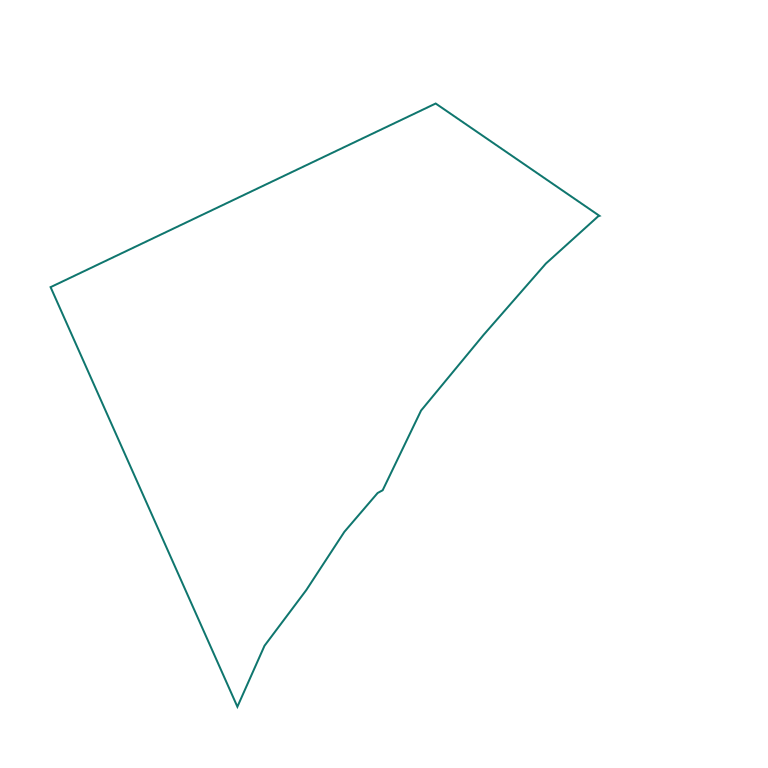 outline of 37, Ad Dawhah, Qatar, rotated 66°
{"feature_id": "91078587B81580735513592", "entity_name": "37", "entity_type": "district", "adm_level": 2, "iso_a3": "QAT", "parent_name": "Qatar", "parent_adm1": "Ad Dawhah", "projection": "robinson", "projection_center": [51.498, 25.303], "detail": "fine", "context": "isolated", "style": "outline", "palette": "teal", "viewbox_px": 768, "rotation_deg": 66, "n_neighbors": 0, "source": "geoboundaries", "source_scale": "gbopen_adm2", "svg_char_len": 357}
<svg xmlns="http://www.w3.org/2000/svg" viewBox="0 0 768 768"><g transform="rotate(66 384 384)"><path d="M619.2,649.2L574.5,599.6L540.7,538.9L502.9,480.3L481.0,434.2L480.5,428.4L423.3,360.9L379.6,273.0L339.8,187.1L317.9,120.1L318.0,118.8L148.8,222.7L148.9,227.5L159.9,649.2L615.0,649.2L619.2,649.2Z" fill="none" stroke="#0f766e" stroke-width="2"/></g></svg>